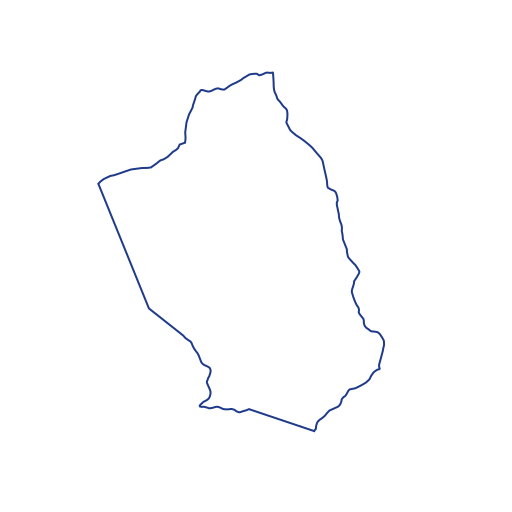 the district of Tatumbla, Francisco Morazán, Honduras, rotated 40°
{"feature_id": "27666195B81412432628344", "entity_name": "Tatumbla", "entity_type": "district", "adm_level": 2, "iso_a3": "HND", "parent_name": "Honduras", "parent_adm1": "Francisco Morazán", "projection": "orthographic", "projection_center": [-87.059, 13.986], "detail": "fine", "context": "isolated", "style": "outline", "palette": "blue", "viewbox_px": 512, "rotation_deg": 40, "n_neighbors": 0, "source": "geoboundaries", "source_scale": "gbopen_adm2", "svg_char_len": 6146}
<svg xmlns="http://www.w3.org/2000/svg" viewBox="0 0 512 512"><g transform="rotate(40 256 256)"><path d="M207.7,365.0L251.4,363.7L253.1,364.0L254.2,364.2L254.8,364.2L257.7,364.0L260.0,363.7L260.9,363.7L261.7,363.8L262.8,364.2L263.7,364.7L265.4,365.6L268.1,366.7L271.4,367.6L273.8,368.1L274.8,368.5L276.2,369.1L282.1,372.4L282.5,372.5L283.0,372.7L283.7,372.8L284.4,372.9L285.3,372.9L286.2,372.8L286.8,372.7L288.4,372.2L290.8,371.6L292.1,371.5L292.5,371.5L292.8,371.6L293.8,372.1L294.3,372.5L294.8,372.9L295.3,373.5L295.9,374.4L296.4,375.6L297.3,377.7L297.6,378.6L297.7,379.6L297.8,380.2L298.6,382.2L299.1,383.7L299.4,384.2L300.0,384.7L300.7,385.1L306.0,387.7L307.4,388.5L307.9,388.8L308.6,389.4L309.3,390.2L309.8,391.1L310.4,392.1L310.9,393.4L311.2,394.3L311.4,395.3L311.3,396.2L311.2,397.1L310.8,398.4L310.3,399.7L309.6,401.3L309.5,401.6L309.2,404.0L309.0,406.1L309.1,406.8L309.3,407.1L309.6,407.2L309.8,407.3L310.4,407.0L311.0,406.7L311.5,406.4L312.0,405.9L312.7,405.2L313.1,404.9L315.7,403.7L316.8,403.2L317.7,402.9L318.3,402.6L320.1,400.5L322.3,397.3L323.0,396.6L323.6,396.1L324.8,395.6L326.1,395.1L326.9,394.9L328.0,394.7L328.5,394.6L329.4,394.2L330.2,393.7L331.0,393.2L331.8,392.6L333.2,391.4L333.9,390.7L334.8,389.6L335.4,389.1L335.8,388.8L336.4,388.5L337.5,388.0L338.3,387.7L339.0,387.6L340.3,387.6L341.3,387.4L342.7,386.9L343.4,386.6L343.7,386.4L344.1,386.0L344.5,385.5L345.7,383.4L347.7,380.5L348.4,379.2L349.1,377.8L413.2,352.7L413.0,352.1L412.9,351.6L412.9,351.1L413.0,350.3L412.9,349.8L412.6,349.3L412.0,348.6L411.7,348.2L410.7,346.2L410.4,345.4L410.0,344.4L409.9,343.7L409.8,343.0L409.9,342.0L410.0,340.9L410.9,337.4L411.4,334.6L411.4,333.6L411.4,331.9L411.4,329.8L411.6,327.1L412.0,326.3L415.4,319.3L415.7,318.5L415.9,317.3L415.9,316.5L415.9,315.8L415.7,315.1L415.5,314.2L415.2,313.4L415.0,312.8L414.7,312.2L414.2,311.5L414.0,311.1L413.8,310.6L413.7,310.0L413.7,309.2L413.7,308.3L413.8,307.7L414.2,306.5L414.3,306.0L414.3,305.3L414.2,304.1L414.0,303.0L413.4,300.0L413.4,299.3L413.4,298.5L413.5,298.1L413.7,297.8L414.8,296.3L416.5,294.3L417.0,293.6L417.4,292.8L418.2,291.1L419.7,287.5L420.6,285.1L421.4,282.8L421.7,281.4L421.9,279.8L422.1,278.5L422.1,277.5L422.0,276.6L421.5,275.0L421.2,273.5L421.0,271.2L420.9,269.9L421.0,269.1L421.1,268.2L421.8,265.8L422.0,265.2L422.3,264.7L423.1,263.6L423.1,263.4L423.2,262.9L422.8,262.5L422.2,262.2L421.8,261.9L421.0,261.2L420.3,260.3L419.3,258.3L417.3,253.9L414.2,247.3L412.7,244.7L411.7,242.6L411.3,241.9L410.1,240.5L409.0,239.3L408.4,238.8L407.9,238.5L406.7,238.0L405.0,237.4L403.2,236.8L401.8,236.4L400.7,236.2L400.0,236.1L399.3,236.1L398.3,236.2L397.8,236.4L397.3,236.6L395.6,237.6L393.2,239.3L392.7,239.5L392.2,239.7L391.4,239.8L390.2,239.8L389.4,239.8L387.0,240.1L386.0,240.0L385.0,239.8L384.3,239.6L383.8,239.4L383.3,239.1L382.5,238.6L381.3,237.6L381.0,237.2L380.4,236.5L380.0,236.1L379.4,235.6L378.9,235.3L378.5,235.1L373.1,234.0L372.4,233.8L371.7,233.5L371.3,233.3L370.8,233.0L370.5,232.6L370.2,232.0L369.9,231.5L369.1,230.7L368.1,230.0L367.6,229.7L367.0,229.5L365.2,229.0L364.5,228.8L361.4,227.4L357.6,225.3L355.1,223.7L353.6,222.7L352.8,222.2L352.4,221.9L352.1,221.4L351.6,220.7L351.2,220.0L350.8,219.1L349.8,216.6L348.6,213.9L347.8,212.9L347.5,212.5L347.4,212.2L346.8,207.0L346.3,204.4L346.1,203.4L345.7,202.4L345.5,201.9L345.3,201.6L344.6,201.2L343.6,200.8L341.8,200.2L338.2,199.1L337.0,199.0L333.9,198.7L329.6,198.1L328.5,197.9L327.7,197.7L326.9,197.4L326.3,197.0L324.8,195.8L323.4,194.7L322.5,193.8L321.6,192.8L321.0,192.3L313.2,188.1L312.2,187.6L311.7,187.2L311.2,186.7L310.2,185.6L309.1,184.6L307.9,183.5L306.5,182.4L305.7,181.8L305.3,181.3L304.6,180.3L304.0,179.5L303.0,178.5L302.2,177.8L301.4,177.2L300.8,176.8L298.5,175.6L295.9,173.9L294.6,172.8L293.2,171.4L292.5,170.7L285.1,164.9L284.4,164.1L283.6,163.2L283.3,162.6L283.2,161.8L283.0,161.4L282.8,160.9L282.3,160.4L281.4,159.6L280.2,158.5L278.6,157.4L277.4,156.6L276.5,156.2L275.7,155.9L275.2,155.8L274.5,155.8L273.8,155.9L273.0,156.1L270.9,156.8L269.5,157.1L267.4,157.5L267.1,157.4L266.8,157.3L266.0,156.8L265.2,156.1L264.3,155.2L262.7,153.5L261.7,152.6L258.6,150.1L253.8,146.5L247.9,141.9L246.2,140.6L245.4,140.1L244.9,139.9L244.1,139.6L242.6,139.1L240.2,138.7L235.7,138.0L230.2,137.0L228.0,136.8L224.2,136.7L218.8,136.8L214.4,137.1L210.5,137.6L208.9,137.8L206.5,137.8L204.1,137.8L202.5,137.7L201.2,137.5L200.1,137.1L197.1,135.8L194.4,134.7L193.7,134.3L193.4,134.1L193.1,133.8L193.0,133.6L192.4,132.1L191.8,131.0L190.8,129.6L189.6,128.0L188.8,127.0L187.8,126.0L186.6,124.9L185.9,124.4L185.3,124.2L184.4,123.9L183.5,123.8L181.9,123.9L180.8,123.7L180.0,123.6L175.5,122.5L174.3,122.3L172.4,122.1L171.8,121.9L170.9,121.6L169.4,120.6L168.1,119.9L167.0,119.3L165.4,118.7L164.4,118.1L163.1,117.1L161.5,115.7L160.1,114.2L158.0,111.8L155.2,108.8L151.4,104.9L151.2,104.8L151.0,104.7L150.7,104.9L150.0,105.8L149.4,106.4L148.9,106.8L147.0,108.1L146.5,108.5L146.1,108.9L145.7,109.5L145.4,110.1L144.4,112.3L143.6,113.7L143.0,114.6L142.6,115.2L142.2,115.5L141.8,115.7L141.3,115.7L140.7,115.7L140.2,115.7L139.6,115.9L139.0,116.2L137.5,117.6L136.8,118.3L135.2,120.0L134.7,120.6L134.3,121.2L134.1,121.8L133.8,122.6L132.1,127.5L131.8,128.4L131.5,130.3L130.9,132.0L129.3,136.0L127.9,138.8L126.8,141.4L126.5,142.3L125.1,147.8L124.8,148.7L124.7,148.9L124.5,149.1L123.9,149.6L122.7,150.3L121.4,151.1L120.0,151.5L119.6,151.7L119.1,152.1L118.7,152.5L118.0,153.3L117.4,154.4L116.8,155.5L116.1,157.3L115.3,158.7L114.6,159.8L114.3,160.2L114.0,160.5L113.4,160.9L112.5,161.4L109.1,162.9L107.8,163.6L107.5,163.9L107.2,164.4L107.1,165.1L107.3,166.1L107.3,166.6L107.1,168.9L107.1,170.4L107.1,171.5L107.2,172.0L107.4,172.7L108.2,174.3L110.6,180.4L111.0,181.4L111.7,182.5L112.0,183.1L112.6,185.6L113.7,190.6L116.6,197.7L117.1,198.7L119.7,202.7L122.1,206.5L122.5,207.0L124.1,208.7L125.2,209.8L126.1,210.8L127.4,212.6L128.8,214.8L125.9,219.7L126.4,221.6L127.0,223.7L126.5,226.3L125.4,229.6L124.6,236.9L123.1,241.3L121.3,244.2L120.8,246.4L120.4,248.7L118.6,255.7L116.1,258.4L111.9,262.1L104.6,270.1L100.0,277.7L97.5,281.9L95.3,285.4L92.9,288.4L89.9,294.9L89.0,298.9L88.8,302.1L90.5,302.9L207.7,365.0Z" fill="none" stroke="#1e3a8a" stroke-width="2"/></g></svg>